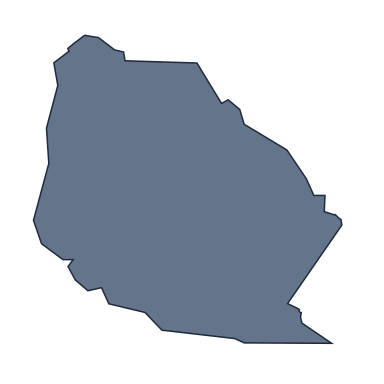 the district of Caldwell, North Carolina, United States of America, rotated 186°
{"feature_id": "52423323B63018807912829", "entity_name": "Caldwell", "entity_type": "district", "adm_level": 2, "iso_a3": "USA", "parent_name": "United States of America", "parent_adm1": "North Carolina", "projection": "mercator", "projection_center": [-81.598, 35.94], "detail": "fine", "context": "isolated", "style": "filled", "palette": "slate", "viewbox_px": 384, "rotation_deg": 186, "n_neighbors": 0, "source": "geoboundaries", "source_scale": "gbopen_adm2", "svg_char_len": 939}
<svg xmlns="http://www.w3.org/2000/svg" viewBox="0 0 384 384"><g transform="rotate(186 192 192)"><path d="M342.9,306.0L336.6,283.9L343.4,240.4L337.4,205.4L346.7,147.3L336.2,124.8L313.2,111.2L303.2,112.3L307.5,104.9L299.0,92.5L298.8,92.5L298.4,92.1L297.6,91.5L297.2,91.2L296.9,91.0L285.2,82.9L272.0,87.4L263.0,72.1L226.2,67.3L207.4,51.4L135.0,50.7L134.2,50.7L124.3,47.4L37.3,56.1L69.0,73.1L71.0,79.1L71.0,79.3L70.7,83.1L70.7,83.4L71.1,83.3L72.1,83.8L72.8,84.4L72.8,85.2L73.1,85.6L73.0,85.9L73.4,86.6L73.6,86.8L85.3,91.0L39.5,174.8L41.0,180.3L41.4,180.6L42.2,180.8L42.9,181.0L43.1,181.4L43.7,181.8L47.1,184.4L47.2,184.1L47.6,184.1L48.1,184.1L48.6,184.3L58.4,186.3L59.4,202.5L70.5,201.3L79.6,217.0L102.0,243.7L147.2,264.8L153.1,279.0L165.7,287.5L171.9,283.2L200.6,320.8L272.3,315.5L274.7,324.1L283.7,325.2L301.2,335.8L315.1,336.6L323.9,328.5L330.5,321.8L329.1,319.1L342.9,306.0Z" fill="#64748b" stroke="#1e293b" stroke-width="1.5"/></g></svg>